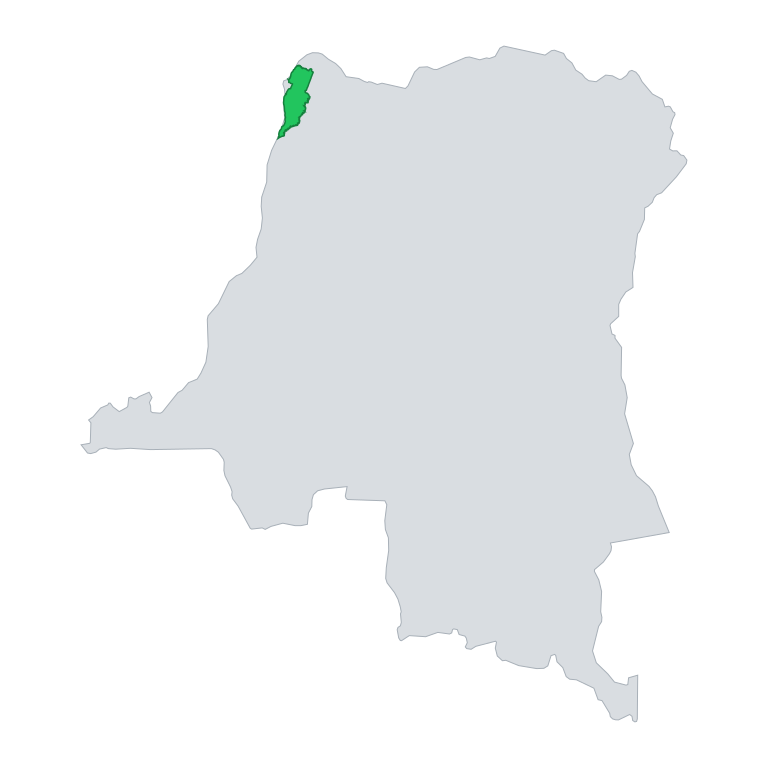 location of Libenge, Équateur, Democratic Republic of the Congo
{"feature_id": "63176286B16720510237815", "entity_name": "Libenge", "entity_type": "district", "adm_level": 2, "iso_a3": "COD", "parent_name": "Democratic Republic of the Congo", "parent_adm1": "Équateur", "projection": "robinson", "projection_center": [18.997, 3.764], "detail": "fine", "context": "in_parent", "style": "filled", "palette": "green", "viewbox_px": 768, "rotation_deg": 0, "n_neighbors": 0, "source": "geoboundaries", "source_scale": "gbopen_adm2", "svg_char_len": 8907}
<svg xmlns="http://www.w3.org/2000/svg" viewBox="0 0 768 768"><path d="M669.2,532.5L610.4,543.0L611.5,546.8L611.0,550.7L609.4,553.8L603.4,562.0L594.5,569.6L594.4,571.4L598.8,579.9L601.6,591.5L600.7,611.8L601.9,617.3L601.6,621.6L598.6,626.4L592.5,650.9L596.3,662.8L607.8,673.9L614.5,682.1L626.0,685.1L627.8,684.6L628.6,677.8L637.7,675.2L637.3,718.9L636.6,721.4L634.9,721.9L632.7,720.5L632.0,716.3L629.7,714.5L618.5,719.9L615.6,719.8L612.6,718.9L610.3,716.6L609.7,713.3L602.0,700.6L598.1,699.7L593.9,688.2L576.4,679.8L569.7,679.2L566.2,676.6L562.8,667.6L557.0,661.8L555.7,655.3L554.6,654.4L551.0,655.7L547.8,665.9L543.9,668.3L536.7,668.6L518.7,665.6L505.8,660.3L502.4,660.7L497.3,656.0L495.3,648.1L496.5,642.1L495.5,641.2L475.9,646.3L471.1,649.3L466.7,648.6L465.3,646.9L467.3,642.7L466.3,638.2L464.9,636.1L459.1,634.5L457.3,629.6L453.7,628.9L452.5,629.6L451.7,632.9L449.5,634.0L437.8,632.4L425.6,636.7L409.3,635.6L401.5,640.7L400.3,640.5L398.7,637.9L397.2,629.7L398.0,627.4L400.4,625.8L401.3,622.4L400.5,613.9L401.2,611.8L400.3,606.9L397.9,599.0L394.5,592.6L387.1,582.9L385.7,578.4L386.3,567.6L388.7,550.5L388.4,537.8L385.4,529.5L384.8,520.7L386.8,504.7L384.9,500.8L347.6,499.5L346.1,498.3L345.3,496.1L347.1,486.6L324.4,489.0L317.6,490.8L313.4,494.7L312.0,499.6L311.8,506.5L308.4,513.1L307.4,524.3L301.1,525.6L294.9,525.6L282.8,523.2L271.0,526.4L265.2,529.4L262.2,527.9L251.6,529.1L250.2,528.2L238.1,506.1L232.7,498.8L231.7,495.1L232.1,491.7L230.6,487.1L225.0,475.8L223.9,470.5L224.2,462.2L223.5,459.4L218.4,452.2L215.1,449.9L211.4,448.6L150.5,449.6L130.4,448.3L115.7,449.2L108.3,448.6L106.2,447.6L99.5,449.1L96.0,452.1L90.7,453.6L87.5,453.0L81.1,444.8L89.7,443.3L90.3,442.5L90.9,422.8L88.6,420.0L93.2,416.7L100.6,408.0L107.8,404.9L108.8,403.1L110.3,403.2L113.0,406.9L119.2,411.6L126.9,407.4L127.8,406.3L128.8,397.8L130.7,397.1L134.0,398.9L135.9,398.9L139.2,396.5L149.1,392.2L152.0,397.6L149.4,402.5L150.6,406.0L150.8,411.4L152.4,412.6L160.3,413.2L162.5,411.9L178.0,392.5L182.1,390.3L188.6,382.6L197.2,379.1L201.0,373.0L205.9,362.2L208.2,346.5L207.3,319.5L208.1,315.8L218.4,303.7L229.2,281.5L236.4,275.7L241.9,273.4L250.3,265.3L257.0,257.2L256.0,247.4L257.6,239.3L261.2,229.0L262.4,218.0L261.2,206.5L261.7,197.1L266.7,182.1L267.1,164.9L271.6,150.4L280.4,132.1L284.6,118.4L283.8,104.9L285.0,95.0L284.5,89.1L282.9,84.1L283.7,80.9L287.1,79.6L291.3,74.5L298.8,61.2L306.9,54.8L312.5,52.7L318.4,52.9L322.2,54.1L328.5,59.3L335.6,63.5L340.9,68.6L346.1,76.7L358.8,78.5L364.2,81.4L367.5,82.5L368.7,81.7L371.3,82.1L377.3,84.5L382.0,83.2L405.4,88.5L408.0,85.9L414.6,72.0L419.4,67.3L427.4,66.8L433.7,69.4L437.0,69.5L465.6,57.5L469.4,57.0L479.8,59.8L486.6,57.9L489.3,58.5L495.2,56.4L499.9,48.1L503.9,46.1L545.1,55.1L551.4,50.7L554.4,50.2L563.6,53.4L566.4,58.5L571.9,62.9L575.8,70.1L582.0,74.2L585.1,78.0L588.7,80.7L596.2,81.7L605.7,75.1L612.4,75.8L619.2,79.4L621.5,79.2L626.6,75.4L629.3,71.3L631.9,70.4L635.9,72.2L639.1,76.0L642.0,81.6L652.4,94.0L662.3,99.3L664.9,106.9L668.5,106.2L670.3,106.9L672.9,111.7L674.7,112.7L675.0,114.6L672.6,119.2L670.2,127.8L673.3,133.2L670.8,140.9L669.5,149.0L672.7,150.9L676.9,150.8L680.8,155.0L683.7,155.6L686.9,160.1L686.2,163.8L676.4,176.8L661.6,192.8L656.7,194.7L654.1,197.7L652.3,202.3L648.0,206.3L644.7,207.9L644.4,219.4L639.5,231.4L637.6,233.8L634.9,253.3L635.3,256.7L632.5,272.6L633.0,287.4L625.8,292.0L620.9,299.3L618.7,304.4L618.7,316.4L610.6,323.8L610.0,325.5L612.0,334.0L615.0,335.4L615.0,338.2L621.6,347.4L621.1,375.5L621.5,378.2L624.9,384.9L627.2,397.6L624.6,413.8L633.4,443.5L629.3,454.4L631.2,464.8L636.5,475.7L649.0,486.4L652.4,490.9L655.5,496.8L658.4,506.1L669.2,532.5Z" fill="#d9dde1" stroke="#a8b0b8" stroke-width="1"/><path d="M297.1,65.7L296.9,66.2L296.4,66.8L296.1,66.9L294.9,68.3L294.7,69.1L294.5,69.3L293.6,69.7L293.5,70.1L293.3,70.3L293.2,70.5L293.1,70.8L292.7,71.7L292.0,72.1L291.5,72.8L291.3,73.2L291.0,74.2L290.8,75.5L290.6,76.7L290.1,78.1L289.6,78.2L289.4,79.0L288.8,79.7L288.1,79.4L288.7,80.7L288.8,82.4L289.8,82.4L290.4,83.3L292.4,83.8L292.4,84.4L291.0,87.3L290.6,88.6L289.1,88.7L288.1,89.7L286.9,91.7L286.4,92.9L286.4,94.2L286.1,94.5L285.6,94.1L285.4,94.7L285.1,95.5L284.5,96.1L284.2,96.6L284.0,97.1L283.8,99.1L283.8,100.4L283.5,102.6L283.6,103.0L283.6,104.0L283.8,104.5L284.0,105.0L284.3,106.6L284.4,108.1L284.5,110.2L284.6,111.1L285.0,112.3L285.2,113.2L285.1,114.3L284.9,115.1L285.0,115.4L285.3,116.4L285.5,117.4L285.3,118.4L285.1,118.9L285.0,120.0L285.3,121.4L285.2,121.8L284.7,123.6L283.7,125.5L283.4,125.8L282.1,126.5L281.8,126.8L281.7,127.1L281.4,128.4L281.3,128.8L280.9,129.5L280.6,129.7L279.9,130.4L279.7,130.9L279.6,131.4L279.2,132.0L278.8,134.0L278.8,134.5L279.0,135.2L279.0,135.8L278.5,136.8L278.4,137.3L278.5,137.7L278.2,138.3L278.9,137.9L279.2,137.5L279.4,137.4L279.6,137.4L279.8,137.2L280.7,137.0L281.0,136.7L281.5,136.5L282.5,136.1L282.8,136.2L283.1,136.0L283.3,136.1L283.7,136.0L283.8,135.8L284.2,135.7L284.3,135.4L284.3,135.0L284.3,134.8L284.1,134.7L284.2,134.4L284.3,134.4L284.3,134.2L284.1,134.0L284.4,133.9L284.5,133.7L284.4,133.4L284.5,133.2L284.4,133.1L284.5,132.9L284.2,132.7L284.0,132.8L283.9,133.0L283.8,132.8L283.7,132.6L283.9,132.4L284.6,132.2L284.7,131.9L284.8,131.9L285.1,131.3L285.1,131.0L285.0,130.9L285.3,130.3L285.6,130.4L285.8,130.3L285.7,130.6L285.8,130.8L286.0,130.9L286.1,130.7L286.1,130.3L286.3,130.2L286.6,130.3L286.6,130.2L286.4,130.0L286.3,129.9L286.7,129.9L286.8,130.1L287.0,129.6L287.2,129.8L287.5,129.8L287.9,129.7L287.9,129.4L288.3,129.3L288.4,129.2L288.5,129.0L288.4,128.7L289.0,128.9L288.6,128.6L288.9,128.5L289.2,128.6L289.4,128.4L289.2,128.2L288.9,128.1L289.1,128.0L289.5,128.2L290.0,127.9L289.7,127.7L289.9,127.2L290.0,126.6L290.2,126.4L290.3,126.2L290.5,126.1L290.7,126.5L290.9,126.7L291.0,126.7L291.4,126.6L291.7,126.4L291.7,126.8L291.8,126.9L292.0,126.8L292.4,126.3L292.5,126.3L292.8,126.4L293.0,126.4L293.1,126.0L293.2,125.8L293.4,125.5L293.6,125.6L293.5,126.1L293.9,126.1L294.2,125.9L294.3,125.6L294.9,125.9L295.1,125.8L295.6,125.3L295.7,125.0L295.8,124.8L296.0,124.8L296.2,125.2L296.4,125.5L296.5,125.5L296.9,125.1L297.0,125.0L297.5,125.2L297.6,124.4L297.7,124.1L298.0,124.0L297.9,123.8L297.7,123.7L297.5,123.2L298.0,122.9L298.3,123.4L298.5,123.1L298.6,122.7L299.1,123.0L299.2,122.5L299.5,122.1L299.5,121.6L299.7,121.1L299.7,120.9L299.4,121.1L299.1,120.5L299.0,119.9L299.3,119.6L299.2,119.2L298.9,118.9L299.5,118.3L299.8,117.8L299.7,117.7L299.7,117.4L299.6,117.1L299.1,117.1L299.4,116.7L299.9,116.7L300.1,116.4L300.8,116.2L300.9,115.9L301.0,115.7L301.1,115.3L301.4,115.0L301.6,114.6L302.0,114.8L302.4,114.7L302.4,114.4L301.9,114.0L302.2,113.7L303.1,113.6L303.2,113.4L303.3,113.0L303.1,112.7L302.8,112.8L302.7,112.6L302.8,112.5L303.0,112.5L303.8,112.9L304.0,112.9L304.0,112.6L304.0,112.3L304.2,111.9L304.5,112.1L304.8,111.8L305.1,111.8L304.8,111.4L304.9,111.1L304.5,110.8L304.8,110.8L304.8,110.7L304.7,110.4L304.8,110.3L305.3,110.1L305.4,109.9L305.5,109.5L305.4,108.9L305.6,108.6L305.7,108.4L305.6,107.7L305.4,107.5L305.2,107.4L305.2,107.2L305.4,107.0L305.3,106.8L304.5,106.7L304.3,106.4L304.5,106.5L304.5,106.3L304.3,105.7L304.7,105.5L304.8,105.4L304.7,105.3L305.0,105.1L305.2,104.5L305.1,104.1L305.2,103.8L305.0,103.7L305.1,103.4L304.9,103.4L305.1,102.9L305.1,102.6L305.3,102.6L305.6,102.9L305.8,102.7L306.1,102.7L305.9,102.4L306.0,102.3L306.6,102.8L306.8,102.7L307.2,102.8L307.4,102.7L307.9,102.7L308.0,102.6L307.9,102.1L308.1,102.2L308.2,101.7L307.9,101.5L307.8,101.3L308.1,100.8L308.1,100.7L307.6,100.5L307.8,100.3L308.0,100.3L308.2,100.5L308.3,100.5L308.5,100.2L308.3,100.0L308.5,99.7L308.4,99.6L307.9,99.6L307.8,99.3L308.0,99.3L308.1,99.2L307.8,98.9L307.8,98.7L308.2,98.7L308.4,99.0L308.5,99.0L308.5,98.8L308.3,98.5L308.2,98.4L308.4,98.3L308.6,98.3L308.9,98.2L309.2,98.4L309.5,98.1L309.6,98.3L309.7,98.1L309.7,97.8L309.9,97.1L309.9,96.7L309.2,96.1L309.0,95.8L308.7,94.8L308.3,94.5L307.9,93.8L307.7,93.8L307.0,93.1L306.7,93.2L306.3,93.2L305.7,92.5L305.1,92.1L305.3,91.3L305.3,91.0L305.1,90.8L305.1,90.7L305.3,90.5L306.0,90.5L306.2,90.4L306.4,90.2L307.2,87.7L307.4,87.6L307.5,87.3L307.8,86.5L308.0,86.2L308.6,84.3L311.1,77.8L311.2,77.1L311.8,75.9L312.2,74.7L312.8,73.3L312.8,73.0L313.0,72.8L313.1,72.7L313.1,72.2L312.9,71.8L312.2,71.6L311.7,71.0L311.5,70.3L311.7,69.7L311.7,69.4L311.6,69.2L311.2,68.9L310.2,68.9L309.5,69.7L309.1,69.9L309.1,70.4L308.8,70.8L308.7,70.8L308.5,70.5L308.0,70.5L307.9,70.4L307.8,70.2L307.6,70.1L307.2,70.1L307.0,69.6L306.5,69.4L306.4,69.3L306.5,69.2L306.4,69.1L306.3,68.8L306.1,68.7L305.9,68.8L305.8,69.0L305.7,69.0L305.4,68.5L304.7,68.4L304.6,68.6L304.3,68.6L303.9,68.6L303.9,68.8L303.7,68.4L303.3,68.1L303.2,68.4L302.6,68.5L302.6,68.4L302.5,68.1L302.3,68.2L301.8,68.0L301.8,67.7L301.7,67.5L301.5,66.9L301.2,67.1L300.9,67.0L300.6,66.9L300.6,66.6L300.2,65.7L299.6,65.7L299.4,65.8L299.2,65.6L299.0,65.9L298.9,65.9L299.0,65.6L298.9,65.4L298.8,65.5L298.5,65.5L298.3,65.8L298.0,65.9L297.9,65.8L297.7,65.6L297.1,65.7Z" fill="#22c55e" stroke="#15803d" stroke-width="1.5"/></svg>